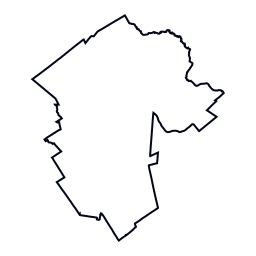 Scurtu Mare, Teleorman, Romania (Albers equal-area conic projection)
{"feature_id": "2599482B34296356322698", "entity_name": "Scurtu Mare", "entity_type": "district", "adm_level": 2, "iso_a3": "ROU", "parent_name": "Romania", "parent_adm1": "Teleorman", "projection": "albers", "projection_center": [25.289, 44.364], "detail": "fine", "context": "isolated", "style": "outline", "palette": "ink", "viewbox_px": 256, "rotation_deg": 0, "n_neighbors": 0, "source": "geoboundaries", "source_scale": "gbopen_adm2", "svg_char_len": 5545}
<svg xmlns="http://www.w3.org/2000/svg" viewBox="0 0 256 256"><path d="M117.6,238.9L118.8,240.6L119.8,239.8L123.2,237.2L123.9,236.7L124.4,236.5L126.3,235.2L126.2,235.0L126.4,235.0L127.7,234.1L131.3,231.2L131.5,230.9L132.7,230.0L134.7,227.9L136.0,226.8L134.8,224.0L134.9,223.8L135.0,223.5L139.2,220.8L140.6,219.7L143.1,217.9L145.0,216.7L150.4,213.0L157.8,208.1L158.0,207.9L156.4,201.1L155.1,195.7L154.8,194.2L153.2,186.9L151.5,178.5L149.3,168.6L148.9,166.2L148.8,165.7L148.9,165.3L157.1,163.2L157.1,162.3L157.3,161.1L158.0,152.6L150.2,156.1L150.1,155.9L150.8,145.5L151.5,136.9L153.0,116.6L153.3,113.4L153.4,112.8L154.7,113.8L156.6,115.6L156.9,116.2L157.7,117.8L158.0,119.1L159.0,121.6L159.2,121.9L159.8,122.5L160.5,123.5L161.2,125.2L161.5,125.8L163.9,128.9L165.1,130.5L166.0,131.4L166.7,131.8L167.7,132.1L168.5,132.1L170.3,131.7L172.4,130.9L175.4,130.7L176.1,130.8L177.9,131.2L178.1,131.3L179.0,132.0L179.5,132.1L181.2,131.7L183.7,130.9L183.9,130.9L185.4,130.1L186.4,129.1L190.1,126.2L192.2,124.2L193.2,124.3L193.7,124.5L199.1,131.1L216.6,116.8L206.9,110.3L211.9,105.3L216.2,101.2L215.0,100.4L219.7,96.8L223.7,93.0L223.5,92.7L223.1,91.8L222.6,91.3L222.3,91.2L221.8,91.4L221.6,91.2L221.7,90.7L221.1,90.4L220.4,90.1L220.0,90.1L219.2,90.2L218.8,90.1L217.4,90.5L216.4,90.5L214.7,90.4L214.1,90.3L213.0,89.8L212.6,89.5L212.4,89.2L211.9,89.0L210.8,87.8L210.2,87.1L209.8,86.4L209.4,86.0L209.1,85.8L209.1,85.6L208.8,85.3L208.8,84.8L208.3,84.1L208.1,83.9L207.7,83.8L207.2,83.4L206.3,83.2L205.7,83.5L203.9,83.7L200.7,83.9L199.3,84.6L198.0,85.5L196.5,85.9L196.3,85.8L195.8,85.4L195.5,85.4L194.7,84.8L194.5,84.3L192.3,82.1L191.7,81.6L190.7,81.1L190.7,80.9L190.2,81.0L189.1,80.7L189.0,80.8L188.7,81.0L188.6,80.9L188.3,80.4L187.8,80.3L187.5,79.8L187.4,79.8L187.3,80.1L187.2,80.1L187.1,79.8L186.9,79.5L186.7,78.8L186.0,78.1L185.8,77.7L186.5,76.8L186.6,76.4L186.6,76.2L186.3,75.4L186.8,74.3L186.8,73.5L187.0,72.8L187.0,72.3L187.6,72.0L187.7,71.5L187.8,71.3L188.4,70.7L188.5,70.4L188.8,70.0L189.9,68.7L190.3,67.7L190.8,67.3L192.1,65.1L192.5,64.0L192.5,63.5L191.9,62.7L191.3,62.4L190.0,61.7L189.7,61.3L189.6,61.2L189.9,59.3L190.0,58.1L189.0,55.6L188.9,54.6L189.2,53.3L189.2,53.1L189.0,52.5L189.0,52.2L189.4,51.1L189.9,50.2L190.1,49.4L190.0,49.1L189.0,48.6L188.5,48.5L188.0,48.6L187.9,48.4L187.9,47.8L187.3,48.1L187.1,48.1L186.6,47.9L186.0,47.5L185.5,47.2L185.3,46.8L184.7,46.1L184.7,45.8L185.1,45.8L185.1,45.7L185.0,45.3L184.7,44.8L184.9,44.3L184.8,43.7L184.6,43.6L184.0,44.0L183.8,43.9L183.7,43.8L183.7,43.4L182.8,42.9L182.1,41.9L181.3,41.6L181.1,41.3L181.0,41.2L181.5,40.9L181.4,40.4L181.1,40.0L181.1,39.9L181.2,39.6L181.5,39.2L181.4,38.8L181.1,38.8L181.0,38.5L180.8,38.3L180.7,37.6L180.6,37.2L180.4,36.7L180.0,36.5L180.0,36.8L179.8,36.8L179.0,36.4L178.9,36.5L178.9,36.9L178.5,37.0L178.4,36.9L178.0,36.2L177.7,36.1L177.6,36.6L177.4,36.7L176.6,36.4L176.2,35.9L175.8,35.9L175.6,35.7L175.2,35.8L175.0,35.7L174.9,35.3L174.5,35.0L174.6,34.6L174.5,34.2L174.4,34.1L174.2,34.4L173.9,34.2L173.6,34.1L173.4,33.8L173.2,33.8L173.1,33.5L172.6,33.3L172.5,33.1L172.5,32.7L172.4,32.6L171.9,32.6L171.9,33.4L171.8,33.5L171.1,33.4L170.1,32.9L169.9,32.4L169.5,31.9L169.4,31.7L169.6,31.2L169.7,30.9L169.6,30.7L169.1,30.9L169.1,30.3L169.0,30.2L168.1,30.1L167.6,30.1L166.9,30.3L166.6,30.7L166.5,30.9L166.4,31.6L166.2,31.9L165.8,32.0L165.2,31.9L164.6,32.1L164.3,31.9L163.8,31.9L163.1,31.6L162.2,31.8L161.9,31.6L161.1,31.7L161.0,32.0L161.0,32.3L161.0,32.5L160.8,32.5L160.7,32.4L160.7,32.1L160.4,32.1L160.0,32.7L160.0,33.2L159.3,33.7L158.3,33.7L157.1,33.0L156.2,32.9L155.4,32.5L154.7,32.9L154.2,32.5L154.2,32.1L153.8,32.0L152.0,32.9L151.1,33.1L150.5,33.2L149.2,33.0L148.6,33.1L148.1,34.0L147.6,34.3L144.1,34.9L143.4,34.8L142.7,34.7L142.3,34.3L141.8,33.5L141.3,33.2L141.0,32.9L140.9,32.4L141.0,32.0L141.0,31.4L140.5,31.3L140.2,31.0L139.7,30.8L139.2,30.3L138.9,29.5L138.3,29.5L138.1,29.2L137.7,28.7L137.3,28.9L137.0,28.8L137.0,28.2L136.5,27.8L136.7,27.5L136.7,27.3L136.4,26.9L135.5,26.3L134.7,24.6L133.0,23.9L131.6,24.0L130.9,23.5L129.6,23.4L129.3,23.2L124.9,15.4L112.1,22.9L103.8,27.9L103.1,28.3L102.0,29.0L99.0,30.7L97.6,31.6L96.7,32.6L93.7,36.4L91.7,36.0L91.2,36.2L89.5,38.0L85.4,43.1L83.7,39.5L83.2,39.7L73.5,47.3L59.4,58.7L57.6,59.9L56.2,61.1L49.3,66.5L37.0,75.8L34.2,77.8L33.9,78.0L33.7,78.3L32.3,79.2L55.2,98.3L55.4,98.5L55.9,99.3L58.6,104.6L55.0,104.6L55.2,104.9L56.0,105.3L56.3,105.7L57.1,106.5L57.0,106.8L56.8,107.4L56.8,107.7L57.2,108.7L57.3,109.8L57.3,110.1L56.9,110.9L56.8,111.4L56.9,111.9L57.2,112.4L57.8,112.8L58.2,113.3L58.3,113.5L58.3,114.2L58.6,115.2L60.4,116.7L60.5,116.9L60.9,117.2L61.4,118.0L61.8,118.4L61.1,118.9L56.4,121.9L57.0,122.3L57.8,122.5L59.2,122.3L59.3,123.0L59.6,124.7L60.7,129.3L60.2,129.7L59.4,129.9L58.9,130.1L47.0,137.6L44.5,139.5L45.7,141.2L47.5,140.0L48.0,140.8L47.9,141.1L48.0,141.4L48.7,142.3L49.1,142.4L50.6,142.6L52.0,143.0L52.3,143.2L52.4,143.5L52.7,143.5L52.9,143.9L54.0,143.3L55.7,145.5L61.2,151.5L52.0,157.6L52.9,158.7L53.7,160.2L60.2,170.6L64.4,177.4L56.8,182.1L57.9,183.6L61.9,189.3L63.7,191.7L67.6,197.2L69.6,200.2L71.1,202.1L72.7,204.7L75.1,207.9L79.0,213.8L79.7,213.4L79.6,214.7L79.7,214.9L80.0,215.1L89.8,216.6L92.9,217.0L96.7,217.6L97.0,217.8L97.1,218.1L96.9,219.4L97.4,219.5L98.3,219.8L98.6,219.8L99.5,219.6L99.7,219.4L99.9,217.3L100.2,216.1L100.3,214.5L100.5,214.3L101.1,214.6L101.4,214.6L100.9,214.1L100.9,213.9L101.0,213.4L101.4,213.5L101.9,214.0L102.4,214.7L102.5,214.7L103.9,216.7L105.2,218.9L107.5,222.6L108.6,224.4L110.3,227.1L111.8,229.3L114.2,233.5L116.6,237.1L117.6,238.9Z" fill="none" stroke="#020617" stroke-width="2"/></svg>